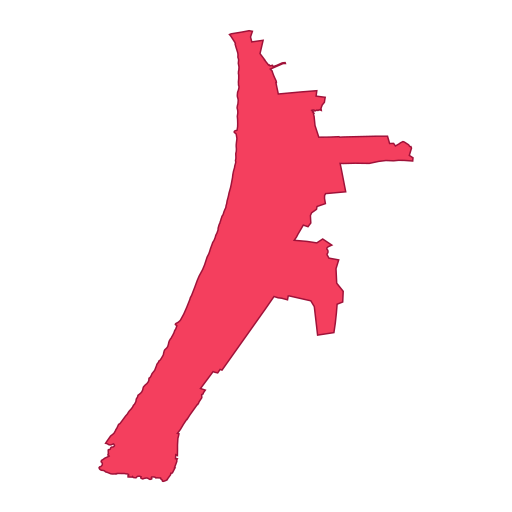 the district of Saulkrasti, Saulkrastu, Latvia
{"feature_id": "27541924B54567786635158", "entity_name": "Saulkrasti", "entity_type": "district", "adm_level": 2, "iso_a3": "LVA", "parent_name": "Latvia", "parent_adm1": "Saulkrastu", "projection": "robinson", "projection_center": [24.41, 57.259], "detail": "fine", "context": "isolated", "style": "filled", "palette": "rose", "viewbox_px": 512, "rotation_deg": 0, "n_neighbors": 0, "source": "geoboundaries", "source_scale": "gbopen_adm2", "svg_char_len": 6035}
<svg xmlns="http://www.w3.org/2000/svg" viewBox="0 0 512 512"><path d="M229.5,34.5L230.9,36.2L234.9,42.4L235.4,43.4L235.1,44.0L236.0,47.2L237.8,53.0L238.0,54.9L237.9,57.2L238.5,59.2L238.6,60.2L238.3,63.3L239.0,67.0L238.9,68.4L238.8,70.1L238.5,71.2L238.4,73.5L238.7,75.0L238.7,78.6L238.4,81.9L238.5,83.9L238.5,85.1L238.9,86.1L239.0,87.3L238.4,90.1L237.6,92.2L237.3,95.3L237.4,96.8L238.0,98.8L238.2,100.3L237.9,104.0L237.5,105.2L237.2,106.9L237.1,107.9L237.3,108.8L237.6,109.8L237.8,111.6L237.8,113.2L237.3,116.3L237.6,119.5L237.7,123.7L237.6,126.8L237.1,130.1L236.4,130.5L235.6,130.6L235.2,130.7L234.4,131.3L234.2,131.7L234.2,131.9L234.2,132.2L234.6,132.7L235.5,133.3L236.2,134.1L236.9,138.4L236.8,139.6L236.4,142.8L236.2,144.9L236.2,146.4L236.4,149.0L236.3,151.3L236.0,152.6L235.8,153.4L235.8,154.9L235.9,156.7L235.9,158.1L235.8,159.1L235.5,160.3L235.5,161.0L235.8,161.8L235.6,163.0L234.7,166.2L234.6,167.4L233.5,171.2L232.8,174.8L232.5,177.6L231.2,184.6L230.5,187.8L229.0,193.1L228.5,195.6L228.1,197.3L227.1,200.9L226.7,203.6L226.1,205.5L225.8,207.6L224.8,209.7L223.8,212.2L223.5,213.4L222.9,215.0L222.2,215.9L221.9,216.5L221.6,217.6L221.1,218.9L220.6,220.8L220.2,221.8L219.9,223.1L219.3,224.2L218.9,225.3L218.6,226.5L218.3,227.4L218.1,228.4L218.1,229.5L217.9,230.4L216.8,233.4L216.1,234.6L215.7,235.6L215.2,237.5L214.0,240.5L212.7,242.5L212.1,244.3L210.5,248.6L209.7,251.3L208.8,253.8L207.1,257.1L204.6,264.8L202.6,269.6L199.2,275.9L197.3,280.3L194.7,287.4L191.6,295.4L190.4,297.6L189.7,299.9L186.7,307.4L183.8,314.0L180.3,320.4L178.3,322.2L175.9,323.5L175.4,324.1L175.3,324.4L175.4,324.6L175.7,324.9L176.6,325.3L176.9,325.8L176.7,326.3L175.8,328.9L174.7,330.6L174.0,332.7L172.5,335.7L172.0,336.4L171.7,337.1L171.1,338.2L170.4,339.0L169.4,340.7L168.8,342.3L168.4,344.3L167.7,346.6L166.7,348.0L164.8,349.8L164.3,350.7L163.6,353.2L163.5,354.3L163.0,355.5L161.3,358.4L160.0,360.3L158.7,361.2L158.6,362.1L157.7,363.2L156.9,364.3L156.6,365.4L154.7,370.3L152.0,373.7L151.4,375.2L150.5,376.9L149.9,377.7L149.2,378.0L149.0,378.3L148.8,380.6L148.0,382.2L146.8,383.7L145.2,385.0L143.5,386.9L143.1,388.0L142.7,389.9L141.8,391.8L140.7,393.1L139.2,394.4L138.3,395.0L138.0,395.3L137.8,396.0L137.6,396.9L136.3,399.0L135.9,401.6L134.5,404.3L133.5,405.2L132.6,407.1L130.9,409.3L129.3,411.0L128.3,412.4L127.4,414.0L125.6,416.0L120.0,423.6L118.6,424.4L116.9,428.1L115.9,429.6L115.4,430.8L114.0,433.2L112.8,434.3L110.6,436.0L106.6,441.7L105.6,443.3L107.0,443.6L109.0,444.8L110.9,444.9L112.8,444.1L113.6,443.9L114.5,445.3L114.4,446.0L113.8,446.5L113.1,447.0L111.5,447.1L110.9,447.6L110.6,448.1L110.4,448.8L109.9,449.4L109.5,449.6L108.7,449.6L108.2,450.0L108.3,453.0L108.5,453.7L108.0,454.2L107.9,455.0L108.7,455.5L109.1,456.1L107.4,457.0L104.7,458.2L103.2,459.4L101.5,460.4L101.1,461.8L101.9,462.4L102.3,463.4L102.3,464.7L101.9,465.5L100.9,466.5L99.6,466.9L99.0,467.9L99.5,468.4L99.6,469.1L100.6,469.9L101.7,470.3L103.0,470.4L104.1,470.7L104.5,470.9L105.6,471.9L107.4,472.4L110.8,473.8L112.7,474.0L114.5,473.9L116.0,474.0L116.5,473.9L116.4,473.6L117.6,473.4L121.3,473.5L124.5,473.5L125.8,473.8L127.3,473.9L128.5,474.5L128.7,475.1L127.9,475.9L128.1,476.6L128.9,476.9L128.8,477.0L132.3,477.1L132.5,476.6L133.3,477.4L133.7,477.6L134.9,477.7L136.0,477.8L136.2,477.6L136.7,477.0L137.4,476.4L138.7,476.2L139.6,476.2L141.1,476.8L140.8,477.4L140.9,478.1L141.0,478.2L142.5,478.9L142.9,478.9L144.2,478.4L146.2,478.0L146.9,478.0L147.9,478.3L149.6,479.3L150.0,479.4L151.0,479.2L151.8,478.8L151.8,478.6L151.5,478.1L151.4,477.7L151.4,477.3L151.7,477.0L151.9,476.9L152.9,477.0L153.4,476.9L154.3,477.0L154.7,477.1L155.7,477.6L155.8,477.9L157.4,477.8L160.6,478.0L160.8,478.9L161.7,479.6L162.3,480.2L162.3,480.8L162.6,481.2L162.9,481.3L163.6,481.3L165.9,480.5L167.3,479.7L167.2,479.4L170.6,474.7L170.8,473.3L171.2,473.3L172.4,472.9L174.6,468.6L175.0,467.9L174.5,467.8L176.8,461.5L176.8,459.8L177.3,458.8L175.5,458.7L175.8,454.7L177.4,455.5L177.5,450.7L177.5,444.9L177.9,438.1L178.3,436.8L179.0,433.8L177.4,433.4L180.3,429.6L183.5,424.2L186.7,419.4L187.0,419.5L189.9,414.9L197.4,404.4L197.7,404.5L198.5,403.3L199.1,401.8L201.8,397.7L201.7,394.6L203.1,393.9L203.4,392.8L205.3,390.1L200.5,388.5L213.1,371.6L215.0,372.3L217.7,372.9L220.1,369.4L222.0,370.1L265.4,308.9L274.0,296.5L278.1,297.8L281.6,298.2L287.5,299.8L288.2,296.0L289.2,295.9L310.8,300.8L314.3,306.6L317.6,335.1L333.9,332.6L335.3,323.1L336.4,312.9L337.1,304.2L342.7,302.0L343.2,291.3L336.7,283.2L336.0,268.7L338.7,259.9L328.9,258.1L328.7,257.7L327.1,254.8L327.0,254.4L327.1,254.0L327.9,252.6L328.0,251.5L327.8,250.3L326.9,249.2L326.8,248.8L326.9,248.2L327.3,247.5L328.3,246.7L331.8,245.1L322.7,239.0L316.8,242.9L306.9,241.4L294.2,240.3L296.5,237.0L298.0,234.1L303.3,225.1L308.0,226.7L310.8,223.0L310.4,215.5L311.6,212.8L316.5,209.3L317.0,206.5L325.4,203.6L324.5,198.3L324.6,195.5L325.6,193.6L345.7,191.8L341.3,169.1L340.1,163.4L343.4,163.5L355.2,163.2L369.3,163.4L378.6,161.4L385.9,160.5L393.6,160.8L398.6,160.3L404.2,160.4L412.7,161.0L413.0,157.8L409.3,155.4L411.5,148.1L410.9,146.6L410.5,146.7L409.9,146.5L409.4,146.0L408.6,144.8L404.4,142.1L403.7,141.8L402.9,141.6L400.5,142.8L399.2,143.8L395.4,146.0L393.6,143.4L389.6,143.5L387.5,136.2L376.6,136.2L342.8,137.0L339.7,137.2L339.0,136.7L329.3,137.1L318.8,137.2L315.0,125.5L314.1,116.5L313.6,114.6L313.5,113.4L313.8,113.3L312.7,112.1L313.4,111.8L311.8,110.3L312.3,110.1L313.8,110.0L314.8,110.5L314.9,110.8L315.2,110.9L317.0,110.0L317.9,110.5L319.1,109.8L319.7,110.0L319.9,109.9L320.2,109.5L320.4,109.5L320.6,110.1L321.3,110.4L321.0,108.3L322.2,105.0L324.4,102.3L324.9,98.9L325.2,97.3L316.1,96.1L316.8,90.7L301.4,91.9L278.3,94.0L276.8,87.0L275.9,82.6L276.4,82.5L276.3,81.7L276.1,80.9L274.7,77.9L273.7,75.6L272.3,71.8L272.3,71.2L270.3,69.1L282.7,63.7L283.8,63.5L285.4,63.5L285.1,62.6L283.6,62.7L282.2,62.9L275.8,65.8L275.6,65.7L273.2,66.7L272.5,65.3L270.0,65.8L269.2,64.9L268.6,65.1L264.6,60.1L264.8,60.0L260.0,53.6L263.1,40.3L251.8,41.9L250.5,37.0L252.4,31.3L249.1,30.7L241.7,32.1L231.3,33.8L229.5,34.5Z" fill="#f43f5e" stroke="#9f1239" stroke-width="1.5"/></svg>